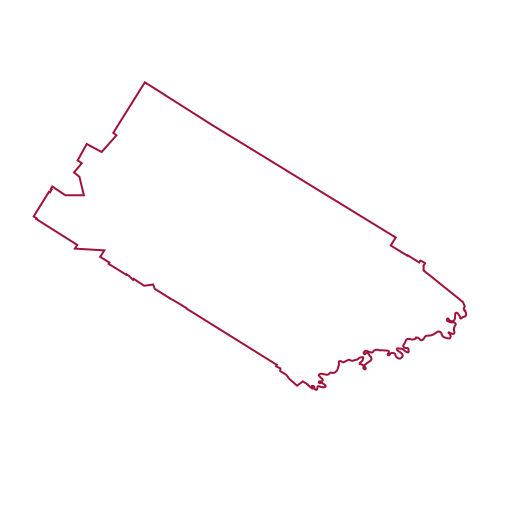 outline of Reynosa, Tamaulipas, Mexico, rotated 122°
{"feature_id": "50627088B72181114245692", "entity_name": "Reynosa", "entity_type": "district", "adm_level": 2, "iso_a3": "MEX", "parent_name": "Mexico", "parent_adm1": "Tamaulipas", "projection": "equal_earth", "projection_center": [-98.326, 25.837], "detail": "fine", "context": "isolated", "style": "outline", "palette": "rose", "viewbox_px": 512, "rotation_deg": 122, "n_neighbors": 0, "source": "geoboundaries", "source_scale": "gbopen_adm2", "svg_char_len": 5894}
<svg xmlns="http://www.w3.org/2000/svg" viewBox="0 0 512 512"><g transform="rotate(122 256 256)"><path d="M167.8,325.9L168.2,362.8L167.6,439.1L167.6,442.3L227.2,442.3L227.6,438.3L249.6,442.0L250.3,452.5L250.7,458.9L262.0,458.3L269.5,457.9L269.6,452.9L281.6,454.6L282.4,447.7L295.7,434.2L305.5,449.8L305.0,465.6L308.0,465.5L307.9,464.5L311.1,464.4L311.1,465.6L340.3,465.5L340.3,462.0L341.1,462.0L341.2,447.1L341.3,413.5L345.7,413.5L331.6,387.6L339.3,387.7L339.3,376.8L340.8,376.8L340.7,369.9L340.7,356.1L340.1,356.1L340.2,352.9L341.4,347.6L340.2,347.6L340.5,335.1L334.7,328.1L337.5,324.5L337.5,310.4L337.4,306.6L337.7,306.6L337.3,303.6L337.0,287.3L337.4,287.1L337.4,282.4L337.5,282.3L337.4,282.1L337.4,277.6L337.3,180.6L338.9,180.5L338.4,175.7L338.7,175.6L340.7,174.6L340.8,174.0L340.7,167.7L341.4,165.5L341.8,164.6L342.2,163.8L342.5,162.9L344.2,152.5L337.5,149.8L337.5,144.4L337.8,144.4L338.6,138.3L338.5,138.0L337.3,139.4L336.8,139.6L336.5,139.6L336.1,139.2L335.8,138.4L335.9,137.9L336.0,137.6L336.5,137.0L337.2,136.3L337.6,135.6L337.7,135.4L337.8,134.8L337.6,134.1L337.4,133.8L337.0,133.6L336.3,133.6L335.3,134.0L334.6,134.5L334.1,134.5L333.6,134.3L333.4,134.2L333.1,133.6L332.6,131.5L331.9,129.8L331.4,129.0L330.3,127.8L330.1,127.8L329.7,127.9L329.3,128.1L329.1,128.3L328.8,129.0L328.7,129.7L328.7,131.7L328.5,132.7L328.6,133.0L328.9,133.6L329.8,134.1L330.0,134.3L330.1,134.9L330.1,135.3L330.0,135.6L329.6,136.0L329.0,136.0L328.7,135.7L328.0,134.5L327.5,134.0L327.2,133.8L326.6,133.6L326.2,133.5L325.9,133.6L325.2,134.4L325.0,135.0L324.8,137.0L324.1,138.9L323.8,139.6L323.3,139.7L322.6,139.4L321.8,138.9L321.3,138.4L320.8,137.4L319.6,133.9L319.1,132.9L318.9,132.6L318.6,132.3L318.0,131.8L316.1,131.4L315.5,131.1L315.0,130.3L314.7,129.5L314.2,128.5L313.5,127.8L312.6,127.2L311.6,126.9L310.6,126.7L309.5,126.7L308.6,126.8L306.5,127.5L304.5,127.9L303.6,128.4L302.6,129.3L302.3,129.5L301.5,129.7L301.2,129.6L300.9,129.5L300.4,128.8L300.2,128.1L300.2,126.3L300.1,125.9L299.5,125.3L295.5,122.9L294.8,122.3L294.5,121.6L294.4,120.3L294.2,119.6L294.1,119.2L293.7,118.6L293.3,118.2L291.5,116.6L290.2,115.3L289.7,115.0L287.5,114.3L287.0,114.0L286.5,113.5L286.0,112.8L285.5,112.2L285.2,111.8L285.2,111.6L285.3,111.3L285.8,110.9L287.7,110.3L289.0,110.4L290.6,111.0L291.2,111.2L292.1,111.2L292.5,111.0L292.6,110.7L292.6,110.4L292.0,109.2L291.9,108.1L291.9,107.3L292.1,106.8L292.7,106.2L293.9,105.8L294.2,105.6L294.4,105.3L294.5,104.7L294.5,104.1L294.4,103.6L294.2,103.3L293.5,103.3L293.0,103.5L292.7,104.1L292.2,105.2L291.9,105.5L291.5,105.8L290.9,106.0L290.5,106.0L289.8,105.8L287.0,104.7L284.2,103.4L283.6,103.3L283.0,103.3L282.4,103.4L281.9,103.7L281.4,104.1L280.7,105.0L280.6,105.3L280.5,106.4L280.4,106.8L279.4,108.3L279.3,108.7L279.2,109.2L279.4,110.0L279.6,110.5L279.9,110.9L280.2,111.2L280.5,111.4L281.2,111.4L281.6,111.6L281.7,112.2L281.6,112.7L281.2,113.3L280.7,113.5L279.2,113.4L278.5,113.0L278.1,112.4L277.7,111.6L277.4,109.9L277.0,108.4L277.0,107.7L276.8,107.0L276.3,106.4L275.6,106.0L275.3,106.0L274.3,105.9L273.4,105.7L272.1,104.7L271.9,104.4L271.3,103.5L270.7,102.4L270.5,101.2L270.3,100.9L268.9,98.7L266.4,94.0L266.3,93.5L266.4,93.1L266.5,92.8L266.9,92.5L267.2,92.3L267.7,92.2L269.1,92.3L269.6,92.2L270.0,91.9L270.1,91.5L270.1,91.2L269.7,90.7L269.3,90.5L268.4,90.3L267.5,90.3L267.0,90.1L266.6,89.8L266.0,89.2L265.5,88.1L265.2,87.1L265.2,86.7L265.3,86.3L265.5,85.9L266.2,85.3L266.7,84.6L267.2,83.6L267.4,82.7L267.4,81.6L267.3,81.0L267.2,80.4L266.7,79.5L266.4,79.3L265.8,79.0L264.6,78.7L263.2,78.6L262.5,79.0L262.2,79.3L261.6,80.3L261.4,81.3L261.2,82.0L261.2,83.1L261.2,85.8L260.9,86.5L260.7,86.7L260.2,87.1L259.8,87.2L259.5,87.2L259.3,87.0L258.5,85.5L257.4,83.1L257.2,81.9L257.3,81.3L257.7,78.9L257.7,77.7L257.6,77.3L257.2,76.0L257.0,75.8L256.7,75.7L256.3,75.8L255.8,76.1L255.0,76.9L254.1,77.3L253.8,77.8L253.8,78.7L254.7,80.2L254.9,80.8L255.0,81.3L254.9,82.4L254.8,82.8L254.6,83.2L254.1,83.6L253.3,83.8L250.7,83.7L249.6,84.0L247.5,84.2L246.9,84.1L246.2,83.6L245.7,83.2L245.4,82.7L244.3,79.9L244.0,79.3L243.4,78.4L242.6,77.5L241.5,76.8L241.2,76.8L240.6,77.2L240.3,77.1L240.0,76.5L239.7,75.9L239.5,75.5L239.5,74.7L239.6,73.7L240.0,72.5L240.0,71.8L239.8,71.1L239.5,70.9L238.8,70.3L237.9,70.0L236.5,69.9L235.5,70.0L235.0,70.0L234.6,69.9L233.8,69.5L232.9,68.7L231.5,66.6L230.6,65.6L230.0,65.0L228.1,63.7L224.0,61.9L223.7,61.6L223.0,60.7L222.8,60.0L222.8,59.6L223.0,58.4L223.8,57.2L224.6,56.2L224.9,55.8L225.0,55.5L225.2,54.6L225.1,53.0L224.8,51.3L224.4,50.2L223.6,48.5L223.3,48.2L223.0,48.0L222.5,47.9L221.9,48.0L221.1,48.3L220.7,48.7L220.2,49.2L219.8,49.8L219.4,50.4L219.3,50.9L219.3,51.7L219.1,52.0L218.8,52.0L218.6,52.0L218.4,51.4L218.3,49.9L218.1,48.7L217.9,48.2L217.5,47.5L217.2,47.2L216.8,47.0L216.4,47.0L215.7,47.2L215.3,47.5L214.0,48.8L212.8,49.6L211.9,50.0L210.8,50.2L208.7,50.2L208.3,50.3L207.9,50.6L207.6,51.1L207.4,51.6L207.4,52.2L207.4,52.9L207.6,53.4L208.5,54.6L209.1,56.0L209.3,56.7L209.5,57.9L209.6,58.9L209.6,59.6L209.2,60.1L208.7,60.5L208.3,60.6L208.0,60.6L207.3,60.3L207.2,60.1L207.2,59.8L207.2,59.5L207.8,58.8L208.1,58.0L208.1,57.3L207.9,56.2L207.6,55.4L207.1,54.5L206.6,54.2L205.1,53.9L204.3,54.0L203.2,54.4L201.3,55.4L199.4,56.4L198.7,56.5L198.0,56.2L197.7,55.6L197.6,55.3L197.8,54.3L199.3,51.0L199.5,50.7L199.8,50.5L200.3,50.0L200.5,49.6L200.5,49.2L200.4,49.0L198.5,48.4L197.5,47.7L196.8,46.9L196.4,46.6L195.5,46.4L194.6,46.6L194.2,46.8L193.2,47.7L192.7,48.1L192.4,48.6L192.2,49.2L192.1,49.8L192.0,50.0L191.7,50.1L191.4,50.0L191.4,51.0L191.1,51.1L190.5,52.0L190.3,52.1L188.3,52.1L185.4,56.0L185.4,56.8L184.8,60.9L181.4,89.6L180.6,95.8L179.6,105.4L179.2,105.7L179.3,106.2L179.1,106.6L177.7,107.2L177.2,107.7L176.6,107.8L175.8,108.7L174.6,108.8L172.9,108.8L172.5,108.9L172.4,109.3L172.5,110.2L172.6,111.7L172.6,113.7L172.6,113.9L172.9,114.2L175.0,114.2L175.0,127.7L175.5,127.7L175.7,147.3L166.3,147.3L167.8,325.9Z" fill="none" stroke="#9f1239" stroke-width="2"/></g></svg>